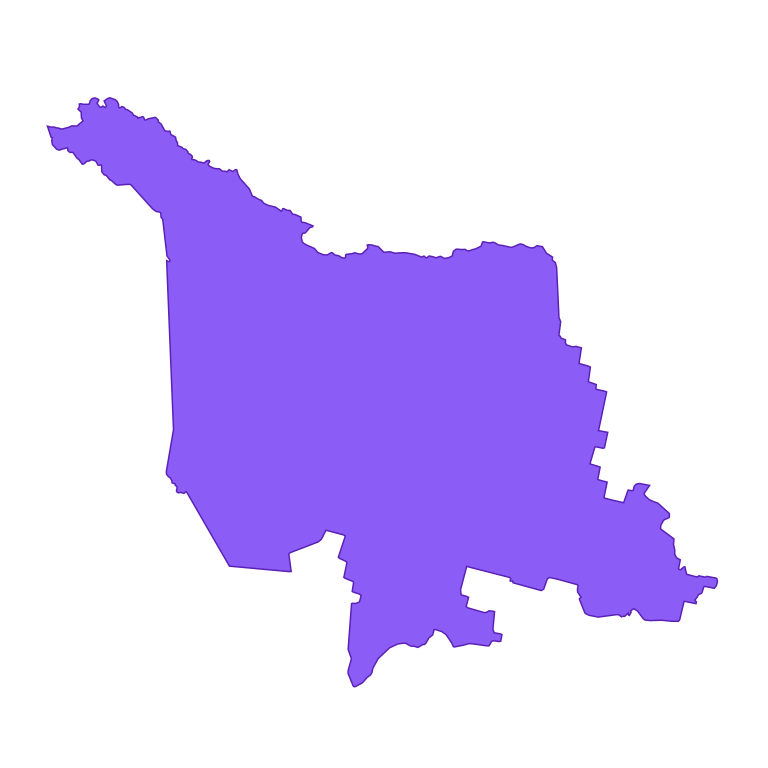 an SVG outline of Komi, rotated 267°
{"feature_id": "RUS-2383", "entity_name": "Komi", "entity_type": "Republic", "adm_level": 1, "iso_a3": "RUS", "parent_name": "Russia", "parent_adm1": "", "projection": "albers", "projection_center": [57.661, 63.82], "detail": "fine", "context": "isolated", "style": "filled", "palette": "violet", "viewbox_px": 768, "rotation_deg": 267, "n_neighbors": 0, "source": "natural_earth", "source_scale": "10m", "svg_char_len": 6122}
<svg xmlns="http://www.w3.org/2000/svg" viewBox="0 0 768 768"><g transform="rotate(267 384 384)"><path d="M516.8,527.3L516.0,530.1L513.9,533.4L512.2,537.9L512.3,540.9L514.1,544.0L512.8,549.4L506.1,553.1L501.9,559.0L499.6,558.5L498.1,559.3L496.3,561.5L491.1,562.5L441.1,562.2L437.1,563.7L423.3,561.2L422.4,562.6L420.7,563.0L418.6,567.5L415.9,567.3L413.6,568.2L411.1,574.3L411.5,577.8L409.8,583.0L394.3,579.8L391.1,589.2L390.1,591.0L375.6,588.2L372.3,596.0L368.3,595.3L367.6,595.8L365.1,604.6L364.4,605.9L326.2,595.8L324.0,604.9L308.8,600.8L308.3,599.6L310.2,592.3L310.0,591.3L293.5,585.5L289.7,595.5L277.6,592.5L276.9,593.8L274.3,601.7L259.0,597.7L258.6,598.1L256.4,604.9L252.9,617.1L264.9,622.0L265.3,622.4L264.5,625.9L264.6,627.2L268.7,628.5L270.8,630.6L271.3,634.0L268.8,643.9L261.0,637.9L258.6,639.0L254.9,642.5L252.6,646.6L250.7,651.2L239.7,662.2L236.1,662.0L235.5,661.5L233.8,656.8L232.7,655.7L228.3,653.0L224.8,652.6L214.1,665.5L208.6,664.7L203.1,665.7L198.9,665.4L195.1,667.1L192.9,670.7L184.1,668.5L183.1,669.6L183.0,670.4L185.7,674.1L185.7,674.9L178.2,676.2L175.1,685.8L175.0,687.0L176.0,688.4L174.3,694.7L175.0,696.4L172.8,705.4L172.0,706.3L169.0,706.6L165.3,705.4L162.7,703.1L164.9,694.7L165.0,692.9L159.0,690.6L158.3,690.0L157.1,686.8L155.0,685.8L151.9,683.1L150.0,684.6L148.3,684.1L151.2,673.0L151.0,672.2L133.3,667.0L131.6,665.6L132.0,659.1L133.6,648.4L133.8,637.4L134.6,632.4L136.3,630.4L143.9,625.4L146.6,621.7L144.6,618.4L143.1,618.8L140.0,616.9L140.5,616.1L142.4,615.8L139.4,612.2L139.5,609.9L139.0,609.0L141.2,606.5L141.5,604.1L140.0,585.7L142.3,576.7L144.1,573.4L145.0,572.6L158.8,567.9L159.5,568.0L160.6,569.6L166.1,566.5L169.0,566.4L172.3,567.4L173.5,566.5L179.6,548.3L182.1,539.3L180.9,536.9L170.7,532.7L169.5,530.2L178.7,502.5L180.6,502.1L180.5,499.9L180.7,499.6L183.4,500.3L184.2,499.5L197.5,457.0L174.6,449.7L169.4,450.0L167.5,455.7L166.5,457.3L157.4,454.4L156.1,456.0L150.4,472.3L150.8,474.9L152.0,476.9L151.5,480.6L150.8,482.5L133.3,479.9L129.8,481.1L128.4,487.0L127.6,488.7L121.0,487.1L120.8,485.1L121.8,480.3L121.5,478.1L117.0,475.1L117.1,473.1L119.9,458.8L120.3,455.3L119.0,449.6L117.7,440.3L118.2,439.5L122.0,438.0L130.4,432.9L133.7,428.8L135.9,423.1L136.2,421.2L130.9,419.5L128.1,415.6L122.7,412.0L121.8,410.9L121.7,408.9L119.4,404.6L119.2,403.9L120.5,400.4L120.8,397.2L124.0,391.9L124.2,389.9L123.6,384.0L120.2,375.7L110.2,363.9L101.0,358.1L96.3,356.8L94.3,355.5L91.8,351.8L86.8,346.9L83.4,339.8L83.2,338.5L83.9,337.5L96.7,333.0L99.7,333.2L111.4,337.1L120.9,334.3L166.4,340.1L166.7,341.1L166.3,344.4L167.7,348.1L174.0,350.1L175.5,348.5L177.9,342.2L178.6,341.4L187.2,343.2L188.4,342.7L192.0,335.0L193.0,333.8L207.8,337.7L209.1,336.3L212.0,330.8L213.3,329.3L234.2,337.4L235.4,335.8L241.0,318.4L232.3,313.4L229.8,310.1L220.5,281.6L219.8,280.4L218.7,280.1L201.6,281.5L201.6,279.5L210.2,220.1L285.6,181.7L286.8,180.7L285.2,178.4L286.3,175.7L286.1,172.9L287.0,171.6L288.1,171.1L291.1,172.0L292.7,171.6L293.6,170.3L295.1,170.4L296.4,167.2L298.3,167.1L301.3,165.8L302.7,163.9L305.3,162.1L307.8,162.0L349.3,171.4L518.6,173.4L517.4,175.6L517.7,176.4L518.8,176.8L523.2,174.0L560.3,171.6L562.0,170.1L566.5,170.0L567.4,169.0L568.2,165.5L571.2,161.9L596.3,141.6L596.6,140.8L596.8,138.1L596.5,128.4L597.1,126.8L601.5,122.4L602.3,120.8L607.0,117.4L607.3,116.0L607.8,115.3L610.7,113.3L617.3,113.3L617.7,112.8L617.3,110.8L617.5,109.9L621.4,108.0L622.6,105.8L623.2,103.4L622.1,101.2L621.9,98.8L619.7,96.1L619.3,95.0L619.3,94.2L624.2,91.0L625.4,89.4L631.5,85.5L631.8,83.8L631.6,82.6L633.4,80.6L636.3,80.3L636.2,78.7L635.6,76.7L635.6,74.9L634.9,73.7L634.6,71.6L635.8,69.2L640.4,65.4L644.5,64.9L647.2,65.7L647.8,64.5L659.1,61.4L658.0,64.6L657.9,67.7L656.9,70.5L656.6,72.7L655.8,73.7L655.5,76.0L656.8,82.4L658.1,85.6L657.7,91.2L659.3,92.8L662.4,97.2L665.7,95.8L671.4,95.8L674.5,92.8L677.1,94.4L679.5,94.3L679.8,96.1L679.1,98.0L678.8,103.8L680.5,105.0L682.2,105.4L684.1,107.2L684.5,108.2L684.8,110.4L683.6,113.1L682.5,114.1L679.4,112.2L675.7,114.4L675.2,116.2L676.3,117.8L675.1,119.4L675.0,120.6L676.2,121.4L681.3,119.3L683.5,122.8L684.1,124.7L684.0,125.7L682.0,130.5L680.3,132.3L676.9,133.6L674.0,133.5L673.6,134.9L674.8,136.8L673.7,139.1L671.8,140.3L671.1,142.4L668.0,146.6L665.6,148.0L663.5,151.8L662.3,152.2L662.9,153.6L663.0,155.2L663.5,156.2L663.6,157.0L663.1,157.8L660.3,158.9L660.1,159.8L661.2,162.6L662.2,169.0L662.0,170.0L659.3,172.4L657.6,172.4L655.5,174.9L648.2,178.5L647.5,181.8L647.8,182.9L647.6,183.5L644.3,184.2L641.4,188.8L638.8,189.0L635.7,190.4L632.8,190.5L631.0,194.6L629.6,195.7L628.7,198.3L626.4,200.2L624.6,200.6L623.4,202.7L621.7,204.3L620.5,204.6L618.8,203.6L618.1,204.0L618.0,206.0L617.0,208.2L615.3,210.3L615.1,212.8L614.2,215.1L614.3,216.2L616.2,218.7L616.5,220.1L616.3,221.2L615.4,221.6L612.3,219.8L610.8,220.9L608.5,225.0L607.8,227.4L607.6,230.8L604.9,233.8L604.9,236.3L604.1,238.3L606.1,240.5L604.1,244.1L605.8,246.7L605.8,248.1L601.0,249.2L596.5,251.2L585.8,259.8L578.4,262.4L577.7,264.6L574.9,268.5L573.8,271.2L570.7,273.5L568.4,277.8L566.3,284.9L562.1,290.3L562.1,290.9L564.3,292.1L564.5,292.8L562.5,296.5L562.2,299.3L558.3,301.7L557.9,304.1L555.0,309.8L550.6,309.8L549.9,310.4L549.2,313.6L545.6,321.4L544.7,320.9L544.1,318.2L539.2,313.5L538.8,312.7L538.9,311.0L538.4,310.3L534.9,309.1L530.2,309.8L528.7,311.1L526.8,314.0L523.0,321.6L518.9,324.7L516.8,328.8L516.1,330.9L515.9,334.2L518.0,338.3L517.5,339.7L515.4,341.6L514.5,345.4L512.5,348.3L511.7,351.2L512.5,352.2L515.0,352.5L515.5,353.4L515.8,358.6L516.6,361.7L515.2,365.6L515.1,367.6L515.4,369.1L520.1,374.6L521.4,375.0L523.6,374.5L523.9,376.0L523.4,379.6L522.4,382.0L521.5,385.4L515.6,390.7L515.7,397.2L514.1,401.5L514.1,410.6L513.8,413.1L511.8,421.7L508.7,428.3L509.7,430.6L507.8,432.6L507.9,433.6L509.2,435.2L509.4,436.2L508.4,440.0L507.3,442.3L508.5,446.7L508.3,447.7L506.5,450.2L506.3,451.4L506.8,455.3L508.4,458.9L512.9,460.2L514.7,462.8L514.9,463.8L514.2,469.0L514.2,472.0L512.5,474.3L512.5,476.2L513.5,479.0L514.1,482.3L516.5,488.1L520.6,489.8L520.9,490.7L519.3,496.7L519.9,500.2L518.7,503.1L516.9,505.2L516.1,509.9L513.8,517.6L513.9,519.3L516.8,527.3Z" fill="#8b5cf6" stroke="#5b21b6" stroke-width="1.5"/></g></svg>